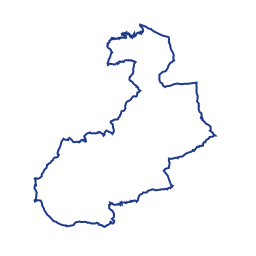 Bezdead, Dâmbovita, Romania, rotated 6°
{"feature_id": "2599482B78531328566142", "entity_name": "Bezdead", "entity_type": "district", "adm_level": 2, "iso_a3": "ROU", "parent_name": "Romania", "parent_adm1": "Dâmbovita", "projection": "equal_earth", "projection_center": [25.509, 45.163], "detail": "fine", "context": "isolated", "style": "outline", "palette": "blue", "viewbox_px": 256, "rotation_deg": 6, "n_neighbors": 0, "source": "geoboundaries", "source_scale": "gbopen_adm2", "svg_char_len": 5854}
<svg xmlns="http://www.w3.org/2000/svg" viewBox="0 0 256 256"><g transform="rotate(6 128 128)"><path d="M76.4,231.7L76.7,231.4L77.3,232.1L77.9,232.0L83.7,230.4L84.6,229.7L84.6,228.7L86.4,226.9L87.3,226.9L89.2,226.1L91.1,226.4L95.9,225.8L97.7,226.5L99.2,226.2L101.6,226.8L105.7,226.3L106.9,225.5L108.9,226.1L108.9,227.2L112.3,227.4L112.9,227.8L112.9,228.2L115.2,228.7L115.4,228.3L116.6,227.7L117.0,227.0L119.5,225.7L120.1,224.6L120.4,223.1L121.3,223.4L122.1,224.6L123.1,224.5L124.0,223.4L124.0,221.6L123.1,221.5L121.5,220.1L123.2,218.4L123.1,215.1L122.1,213.3L121.4,212.7L121.1,211.8L119.4,211.2L117.6,209.6L117.4,207.1L117.2,206.6L118.2,206.2L118.1,205.6L118.7,205.2L118.1,204.1L120.0,204.5L119.9,204.7L120.6,205.3L122.5,205.8L124.6,205.3L125.4,205.5L126.2,205.1L126.5,204.3L127.5,204.6L128.5,205.5L128.8,204.8L128.6,203.4L129.4,204.0L129.2,203.5L129.5,202.5L129.9,202.9L132.4,202.4L133.9,202.8L134.1,202.3L134.3,202.6L135.8,201.7L137.5,201.4L138.2,200.1L138.6,200.2L138.6,200.9L139.5,200.8L139.7,200.2L140.4,200.0L141.3,200.6L141.1,200.3L141.9,199.4L143.7,199.6L144.2,200.5L144.8,200.0L145.5,198.4L145.5,196.7L146.5,193.4L149.3,191.6L149.6,190.6L153.2,190.2L153.9,189.5L154.2,188.5L159.3,186.3L161.6,187.1L162.4,187.0L169.0,185.2L170.2,185.3L171.4,184.6L172.5,184.5L173.3,185.0L174.3,183.6L175.4,183.1L176.5,183.4L176.9,182.6L177.7,182.2L177.6,181.7L178.4,180.8L176.8,180.4L172.5,171.3L168.0,166.8L168.5,166.4L169.2,164.8L172.8,163.4L173.0,158.8L172.9,157.7L172.2,156.8L171.9,155.3L172.0,154.0L174.3,154.2L179.2,152.4L180.7,152.8L180.7,152.0L182.4,151.2L185.1,150.6L188.2,147.5L190.6,146.1L192.6,145.4L194.4,144.2L194.7,143.3L196.0,143.8L196.3,142.6L197.1,142.4L198.1,140.5L199.0,139.9L198.8,139.5L199.2,139.2L200.4,139.3L200.9,139.1L201.1,138.3L202.4,138.4L203.5,137.7L204.3,137.8L204.6,137.1L204.1,136.2L205.2,134.1L206.4,134.1L206.6,132.5L207.0,131.9L209.5,130.0L209.8,128.8L210.4,128.3L213.1,127.8L214.3,126.6L215.5,126.4L213.7,125.2L212.9,124.0L209.8,122.1L210.5,121.5L210.0,118.2L208.3,116.8L204.8,115.4L203.1,113.6L201.2,112.4L201.3,111.1L200.7,110.0L200.3,109.9L199.7,110.7L199.4,110.4L199.4,109.7L200.0,108.6L199.5,105.7L197.8,104.8L196.6,102.8L196.0,99.8L196.4,98.9L195.8,97.9L195.9,96.4L193.8,94.2L194.1,92.2L194.0,88.9L192.6,86.2L192.1,82.4L192.2,80.8L191.6,79.2L191.4,75.7L182.4,77.9L179.7,78.0L178.5,78.6L175.3,78.9L172.5,78.6L168.5,79.9L166.2,81.4L162.0,82.4L160.5,83.5L158.1,81.9L157.6,80.2L155.5,79.3L154.6,77.9L153.9,75.5L154.1,73.9L153.6,72.2L153.8,71.6L156.9,68.4L158.9,67.9L159.8,67.2L161.5,63.5L161.5,62.3L163.0,59.2L163.9,58.3L165.2,57.7L165.6,56.6L166.8,56.0L166.1,54.8L165.6,53.2L166.0,51.5L165.7,50.3L164.1,47.3L162.7,45.7L161.8,43.0L161.4,42.4L161.2,40.7L159.6,38.5L160.0,37.6L159.4,36.2L159.6,35.3L158.8,33.3L152.3,32.4L143.6,29.2L141.3,27.9L140.6,27.2L137.7,26.9L135.6,25.5L129.3,23.9L129.3,24.9L132.2,27.5L132.9,29.8L132.9,30.4L131.8,30.7L132.0,31.3L131.3,31.6L131.5,32.7L131.3,33.0L130.7,32.5L130.4,31.6L130.0,32.2L129.4,31.8L129.3,32.5L128.8,32.2L127.5,32.4L126.0,34.5L126.1,35.2L125.2,36.1L124.6,35.4L124.6,35.0L124.3,35.0L124.6,34.2L124.4,33.3L123.9,34.5L123.8,36.6L122.8,37.9L122.1,37.1L122.8,36.1L122.6,35.8L121.9,36.0L121.2,35.6L120.7,36.9L119.7,35.7L120.0,34.8L118.9,34.0L118.0,34.5L117.9,34.0L117.4,34.3L116.5,33.9L116.4,33.2L115.7,34.0L115.0,34.2L115.0,33.8L113.2,34.7L112.9,34.3L111.4,35.4L112.8,35.1L112.7,36.0L115.0,36.5L115.7,36.1L116.3,36.3L116.2,37.4L116.7,38.4L115.8,38.7L112.4,38.5L112.2,38.9L111.7,38.9L112.2,39.8L111.1,39.0L110.1,39.4L109.8,40.2L108.9,39.4L107.3,40.7L105.8,40.3L105.2,41.1L104.5,41.2L104.0,41.1L104.3,40.2L102.6,40.0L102.1,40.7L102.7,41.4L100.4,43.1L100.7,44.8L99.0,45.8L98.8,46.4L99.3,46.7L99.4,47.3L98.8,48.9L100.1,50.5L101.7,51.2L102.8,52.2L103.2,53.2L104.4,54.6L103.4,55.4L102.8,59.4L101.7,62.1L101.4,64.0L100.9,65.7L101.5,67.4L103.3,65.9L108.1,66.3L109.0,65.8L109.8,64.7L110.8,64.6L111.1,65.1L111.3,64.6L111.9,64.5L111.5,63.7L112.2,62.8L113.2,62.7L113.9,63.1L115.5,62.4L116.7,62.9L117.5,61.4L119.2,60.7L120.2,60.8L121.7,60.4L122.1,60.8L124.4,60.2L124.6,60.6L128.6,61.4L128.7,61.7L128.1,62.1L127.3,63.8L127.4,66.8L126.9,68.1L127.4,71.5L127.0,74.0L126.1,74.6L124.9,76.9L124.4,77.0L124.3,79.6L124.8,80.4L127.7,81.8L128.7,83.2L130.3,84.4L132.0,85.1L132.0,86.1L133.7,86.5L134.2,88.2L135.4,89.4L136.2,89.6L134.7,91.5L133.8,91.6L133.5,92.1L133.6,94.0L133.3,95.5L132.6,96.0L131.1,95.7L129.9,96.0L128.7,97.5L127.7,99.6L125.7,101.2L124.7,101.5L123.7,102.7L122.8,106.5L123.4,108.3L123.3,109.3L122.0,111.4L120.4,111.6L119.7,112.1L119.5,114.8L118.8,115.7L118.6,117.4L117.5,118.6L117.4,119.8L116.6,120.6L114.2,120.9L112.6,121.7L112.0,122.5L110.4,123.0L110.1,124.2L111.5,125.5L112.2,125.6L112.9,127.6L112.9,129.0L113.6,130.0L114.4,132.7L113.1,135.6L111.5,134.2L109.8,134.0L107.0,132.7L106.1,133.6L105.1,135.5L105.3,137.3L104.5,138.2L103.6,136.6L101.3,135.7L100.1,134.8L98.5,135.4L98.6,136.0L96.4,136.7L91.6,137.1L90.5,136.4L87.4,138.1L85.3,140.8L86.7,142.8L86.6,143.8L86.2,143.8L86.3,144.5L87.2,144.5L87.2,145.3L87.5,145.8L87.0,146.1L86.0,145.4L83.9,145.1L83.9,144.5L82.6,145.1L81.3,147.1L80.9,146.7L79.8,147.4L78.7,147.0L76.1,147.8L74.8,147.4L73.2,145.7L70.8,144.0L69.7,145.1L69.8,146.3L66.4,146.1L65.0,145.4L63.3,148.6L62.5,153.6L61.4,156.6L60.9,157.3L61.0,157.9L60.5,160.2L60.9,160.7L60.9,161.5L62.1,162.0L60.9,164.4L57.9,165.2L57.0,166.3L56.8,167.7L55.4,169.0L54.2,171.0L52.6,171.8L52.3,172.7L51.2,173.3L51.4,174.5L50.9,176.5L49.2,178.2L48.3,181.1L47.1,182.8L47.0,183.6L47.4,184.8L46.5,186.0L44.3,187.7L42.9,187.9L41.4,187.5L40.5,188.1L41.1,189.3L41.5,189.4L41.9,192.9L42.4,193.9L42.0,194.1L42.4,194.9L41.4,195.1L41.2,197.4L44.1,201.8L43.7,203.9L44.0,204.7L43.8,208.1L42.7,209.7L43.1,210.8L45.8,209.2L48.9,209.4L50.1,211.4L50.8,214.1L52.8,216.9L53.5,218.7L56.9,222.8L59.2,224.3L63.9,228.5L66.5,228.8L67.8,229.8L71.9,231.2L76.4,231.7Z" fill="none" stroke="#1e3a8a" stroke-width="2"/></g></svg>